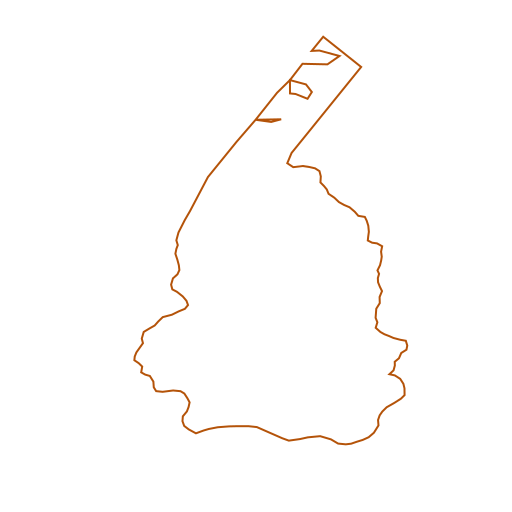 outline of Santa Luzia do Itanhy, Sergipe, Brazil, rotated 79°
{"feature_id": "56859067B77744961178342", "entity_name": "Santa Luzia do Itanhy", "entity_type": "district", "adm_level": 2, "iso_a3": "BRA", "parent_name": "Brazil", "parent_adm1": "Sergipe", "projection": "equal_earth", "projection_center": [-37.504, -11.37], "detail": "fine", "context": "isolated", "style": "outline", "palette": "amber", "viewbox_px": 512, "rotation_deg": 79, "n_neighbors": 0, "source": "geoboundaries", "source_scale": "gbopen_adm2", "svg_char_len": 2195}
<svg xmlns="http://www.w3.org/2000/svg" viewBox="0 0 512 512"><g transform="rotate(79 256 256)"><path d="M122.2,230.4L140.2,253.3L169.3,288.1L199.3,312.2L207.2,319.1L210.8,321.9L218.1,327.6L225.4,331.2L230.4,330.7L233.8,332.8L238.4,334.7L244.6,333.9L250.4,333.5L255.2,333.9L259.0,336.6L262.1,341.8L267.9,344.8L272.8,344.5L276.0,340.5L281.7,335.6L286.7,332.8L291.2,332.1L294.3,335.9L295.6,342.4L297.6,349.8L298.2,359.2L301.6,364.4L304.9,368.7L306.7,374.1L309.1,380.7L315.3,383.9L320.0,383.6L323.8,387.6L327.8,391.8L331.5,394.2L335.1,395.3L338.8,391.6L342.8,388.8L348.3,390.9L351.3,387.4L353.5,383.1L359.7,380.7L365.4,381.4L369.6,379.8L371.5,373.6L372.2,363.0L374.3,355.9L377.3,352.6L382.5,350.5L387.0,349.1L391.4,351.0L395.4,353.5L399.4,358.4L404.1,359.7L409.1,358.9L413.4,355.1L418.6,348.8L417.3,340.7L416.8,335.4L416.8,326.3L418.1,315.0L419.5,306.8L421.7,295.6L424.1,287.8L431.6,277.0L439.9,265.0L443.5,259.0L444.1,247.7L443.9,239.7L445.1,227.4L450.3,217.4L455.8,211.2L458.0,203.8L458.4,198.4L457.6,192.7L456.9,186.3L455.4,180.0L452.0,174.0L445.7,168.1L440.3,167.5L436.0,165.0L432.8,161.7L429.4,156.6L426.5,148.0L423.7,140.9L420.9,136.7L414.2,135.5L409.6,135.7L404.1,137.9L399.7,142.5L397.5,147.6L394.5,142.8L390.0,140.6L386.3,140.0L383.7,135.2L378.9,131.9L376.7,126.2L372.8,124.6L367.8,125.1L365.7,130.5L362.7,136.7L360.0,140.6L357.3,144.9L354.3,148.4L349.3,152.2L344.2,149.5L339.5,150.4L335.5,149.3L330.7,148.0L325.9,143.5L319.8,142.5L314.5,139.0L309.7,140.3L305.1,141.2L300.9,140.6L297.0,138.6L293.3,139.5L288.7,136.0L284.3,134.0L280.7,132.7L275.6,132.4L270.5,130.3L266.7,134.8L265.1,139.5L262.1,143.3L258.5,142.2L253.8,140.6L247.7,140.0L242.5,140.6L238.4,141.7L236.1,147.9L231.4,150.6L226.0,154.9L222.7,159.8L218.9,164.3L213.7,168.0L208.8,172.9L204.2,173.8L200.3,175.9L196.1,178.7L190.2,177.2L184.8,177.5L181.2,181.3L178.8,186.7L176.6,192.9L175.9,202.5L170.9,207.6L161.6,201.4L148.2,185.4L90.5,116.7L53.6,148.2L65.3,162.2L66.4,154.6L75.6,135.9L81.5,149.3L76.2,173.7L89.8,189.1L99.8,204.2L122.2,230.4ZM89.8,189.1L97.1,174.2L105.7,169.9L111.5,175.4L104.5,186.3L102.9,191.6L89.8,189.1ZM122.2,230.4L126.6,205.2L127.3,215.5L122.2,230.4Z" fill="none" stroke="#b45309" stroke-width="2"/></g></svg>